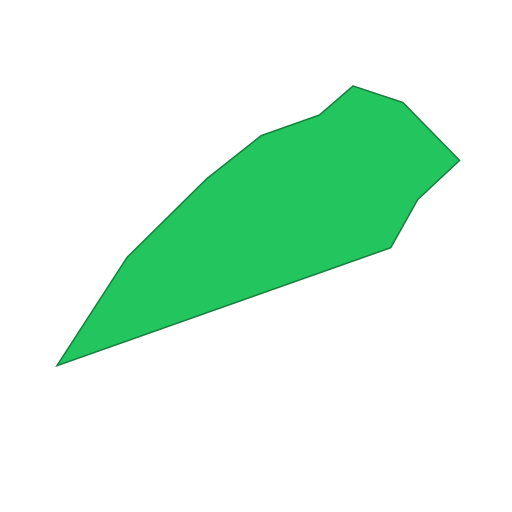 SVG path tracing the border of Montegiardino, rotated 40°
{"feature_id": "SMR-4889", "entity_name": "Montegiardino", "entity_type": "state/province", "adm_level": 1, "iso_a3": "SMR", "parent_name": "San Marino", "parent_adm1": "", "projection": "mercator", "projection_center": [12.471, 43.912], "detail": "fine", "context": "isolated", "style": "filled", "palette": "green", "viewbox_px": 512, "rotation_deg": 40, "n_neighbors": 0, "source": "natural_earth", "source_scale": "10m", "svg_char_len": 298}
<svg xmlns="http://www.w3.org/2000/svg" viewBox="0 0 512 512"><g transform="rotate(40 256 256)"><path d="M350.5,51.9L343.6,108.8L353.9,163.0L174.0,468.0L158.1,339.8L168.6,228.3L182.6,160.4L214.0,107.1L221.0,63.4L269.9,44.0L350.5,51.9Z" fill="#22c55e" stroke="#15803d" stroke-width="1.5"/></g></svg>